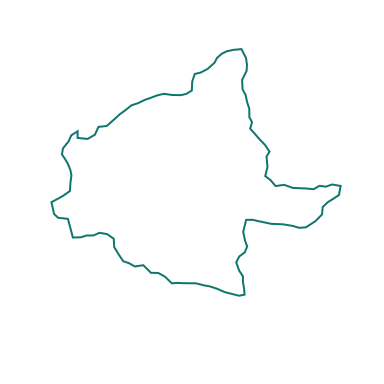 Trombudo Central, Santa Catarina, Brazil (orthographic projection), rotated 236°
{"feature_id": "56859067B84351274914005", "entity_name": "Trombudo Central", "entity_type": "district", "adm_level": 2, "iso_a3": "BRA", "parent_name": "Brazil", "parent_adm1": "Santa Catarina", "projection": "orthographic", "projection_center": [-49.814, -27.313], "detail": "fine", "context": "isolated", "style": "outline", "palette": "teal", "viewbox_px": 384, "rotation_deg": 236, "n_neighbors": 0, "source": "geoboundaries", "source_scale": "gbopen_adm2", "svg_char_len": 1650}
<svg xmlns="http://www.w3.org/2000/svg" viewBox="0 0 384 384"><g transform="rotate(236 192 192)"><path d="M282.8,312.9L286.7,305.8L289.2,299.6L290.0,293.8L289.2,287.8L286.6,283.0L285.3,273.7L286.2,265.9L288.3,260.3L283.4,253.9L276.2,248.6L276.5,242.4L278.4,237.1L283.7,229.6L289.2,223.5L291.7,216.7L293.3,209.8L294.9,203.9L295.7,197.4L297.7,190.3L297.1,183.1L296.8,175.4L295.5,166.7L294.4,158.2L298.3,150.9L293.8,143.5L294.4,135.1L300.8,127.4L306.3,131.1L306.5,123.6L303.0,118.1L300.3,109.4L295.9,105.2L290.6,105.2L284.3,104.8L278.4,103.5L273.3,101.4L267.5,96.3L261.1,91.4L260.9,83.1L261.5,75.9L262.2,69.8L257.1,67.8L250.9,65.4L245.5,66.6L239.1,74.1L220.9,67.8L216.5,74.7L214.9,80.3L211.0,86.2L210.0,92.3L204.7,98.0L197.0,101.0L189.8,96.7L180.8,96.3L173.0,96.3L168.0,100.1L162.3,102.9L158.5,110.7L147.9,112.8L143.8,118.7L137.0,122.2L127.6,124.2L124.9,128.9L120.7,134.6L114.2,144.1L107.7,149.9L104.0,153.8L97.9,158.6L90.5,163.3L83.8,169.3L79.7,173.0L77.5,178.2L82.5,181.0L88.9,183.9L93.7,187.1L100.3,187.1L108.9,189.3L112.1,195.0L112.5,202.1L116.0,207.3L122.1,208.8L130.4,212.2L138.6,221.3L135.1,226.6L128.7,232.7L121.3,239.9L114.2,249.5L107.6,256.5L102.3,260.9L99.0,266.8L98.8,278.0L100.7,287.3L106.4,291.9L107.6,298.4L107.4,304.9L107.3,312.1L113.9,318.6L119.9,312.3L121.6,305.9L125.8,301.2L126.3,294.4L131.5,288.1L134.6,283.8L138.9,278.0L146.4,272.4L150.2,264.6L157.8,263.8L164.2,261.6L170.6,268.6L179.6,273.5L182.1,278.8L190.4,278.8L197.3,277.6L212.1,275.7L216.3,280.8L222.0,281.4L228.9,286.0L236.1,288.1L242.4,290.7L248.8,291.3L256.9,296.2L261.8,304.9L266.7,308.7L272.9,311.7L282.8,312.9Z" fill="none" stroke="#0f766e" stroke-width="2"/></g></svg>